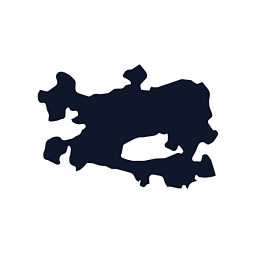 Álava, Equal Earth projection, rotated 336°
{"feature_id": "ESP-5801", "entity_name": "Álava", "entity_type": "Autonomous Community", "adm_level": 1, "iso_a3": "ESP", "parent_name": "Spain", "parent_adm1": "", "projection": "equal_earth", "projection_center": [-2.779, 42.851], "detail": "fine", "context": "isolated", "style": "filled", "palette": "ink", "viewbox_px": 256, "rotation_deg": 336, "n_neighbors": 0, "source": "natural_earth", "source_scale": "10m", "svg_char_len": 4036}
<svg xmlns="http://www.w3.org/2000/svg" viewBox="0 0 256 256"><g transform="rotate(336 128 128)"><path d="M116.0,180.4L115.0,178.7L114.8,175.9L114.8,173.7L114.0,171.1L112.2,169.0L101.1,160.0L96.8,158.1L92.5,152.9L89.8,151.7L86.6,149.5L81.8,145.2L76.4,142.4L71.2,144.8L66.8,146.1L66.1,145.8L64.0,145.8L64.7,144.1L65.2,142.2L64.3,140.6L63.1,139.6L62.1,138.3L61.4,136.9L61.5,135.2L62.1,133.5L63.2,131.4L65.1,129.1L66.9,126.2L68.1,124.0L68.4,121.5L67.8,119.9L66.6,119.1L65.1,119.5L62.7,122.8L61.5,124.0L60.2,124.8L56.9,124.7L55.3,125.0L54.0,125.8L52.8,126.9L52.0,128.3L51.4,129.6L51.5,130.9L51.2,132.0L50.3,132.5L49.1,132.1L47.9,131.2L42.7,124.7L40.3,122.6L39.6,121.3L39.8,119.8L40.4,118.3L41.3,116.8L43.7,114.3L45.7,111.5L46.5,110.0L47.6,108.5L49.2,107.3L55.2,106.6L57.3,107.0L59.0,107.5L60.5,108.3L61.5,109.4L62.3,112.3L63.3,113.4L64.6,114.1L66.2,114.6L69.5,115.1L71.2,115.5L72.8,115.7L74.4,115.7L77.2,115.1L80.8,115.0L82.2,114.7L83.5,113.8L85.7,111.8L87.0,111.8L89.3,111.1L90.2,110.5L90.7,109.5L91.1,108.3L90.8,107.1L90.0,105.7L85.1,104.0L82.9,102.6L81.4,100.9L80.5,99.7L80.5,97.7L82.6,97.8L85.8,97.3L86.9,97.3L87.3,97.2L87.7,96.9L88.4,96.1L89.0,94.7L89.4,92.9L89.0,91.6L87.7,90.2L84.5,89.2L83.3,87.9L83.2,86.6L83.2,85.3L82.4,84.4L81.0,83.8L77.9,85.3L74.7,91.8L72.8,92.5L71.6,92.1L66.6,91.8L61.4,90.4L60.0,89.8L59.2,88.9L59.9,87.5L60.9,86.1L62.0,83.7L62.1,78.4L63.0,74.4L63.2,71.8L62.2,70.2L59.3,69.1L58.3,67.8L58.0,65.8L59.3,62.3L60.2,60.6L63.2,58.3L67.5,61.7L69.6,62.7L79.9,60.6L81.9,59.3L83.0,57.2L83.6,52.5L84.7,50.7L87.4,49.5L89.9,50.2L92.3,52.1L95.7,56.5L98.1,62.4L98.0,64.9L95.0,70.7L94.6,73.6L96.0,76.3L105.0,84.3L110.5,84.0L112.5,84.5L116.2,86.6L124.2,88.9L131.6,87.5L138.5,90.3L140.3,90.1L143.5,88.8L148.2,89.8L148.8,89.8L149.4,89.3L150.0,87.0L149.1,84.4L145.3,79.4L145.1,78.7L145.4,78.1L148.7,75.9L151.2,75.5L155.0,76.8L164.1,75.4L166.5,84.4L166.3,87.2L165.0,89.1L156.9,92.6L155.8,94.0L154.6,98.7L162.0,103.1L162.7,103.1L163.7,102.7L165.6,100.9L166.1,100.7L167.1,101.7L171.5,103.6L196.7,105.9L204.6,110.6L207.7,115.7L209.2,116.8L214.0,117.0L216.4,126.2L216.3,128.2L215.8,130.4L212.3,136.1L210.4,141.1L210.1,144.4L210.0,148.1L209.6,150.0L208.7,151.4L204.0,152.9L202.6,154.9L202.6,156.7L204.1,165.1L205.0,165.7L206.8,166.2L207.3,167.5L207.4,169.5L206.4,170.7L201.3,174.0L199.6,174.7L198.0,175.0L194.9,175.1L193.8,174.2L192.4,171.8L191.6,171.0L190.7,170.5L189.2,170.2L187.7,170.1L186.1,170.7L182.7,173.4L180.5,175.8L177.2,178.4L175.8,179.3L173.4,181.4L173.1,183.1L173.3,184.6L174.2,185.8L175.3,186.6L176.7,186.9L179.3,188.4L180.7,188.8L182.1,188.2L185.5,183.8L186.9,183.9L188.2,184.4L189.1,185.6L189.5,187.1L190.2,191.3L188.7,203.0L188.2,206.4L184.6,205.9L178.6,204.1L173.6,201.3L171.9,197.4L170.4,197.9L169.1,198.8L168.1,200.2L167.3,201.9L167.7,202.4L167.9,202.6L168.1,202.8L168.4,203.4L165.1,203.0L162.4,203.3L160.0,204.5L158.0,206.5L157.7,203.1L156.0,201.8L154.1,202.0L153.2,202.7L152.1,204.0L149.7,202.9L143.7,198.4L142.1,197.5L140.8,197.3L140.2,193.9L140.3,190.6L140.7,189.1L140.6,187.6L140.0,185.8L138.2,184.0L132.4,180.0L130.1,179.4L127.6,180.3L126.3,181.6L125.7,183.2L124.5,186.7L122.2,186.4L120.1,187.4L118.9,187.8L117.6,187.0L116.6,185.7L116.6,184.4L118.6,182.2L119.0,181.0L118.4,179.0L116.0,180.4ZM150.6,145.1L148.5,144.8L138.0,141.8L135.6,140.7L133.7,140.2L129.2,139.8L118.3,140.5L116.5,140.9L115.5,142.0L112.0,147.2L109.6,149.9L109.2,151.4L110.0,153.3L114.2,157.4L118.7,160.7L129.2,165.3L140.8,167.9L149.3,171.4L162.5,171.7L163.6,172.0L164.5,172.4L164.9,173.3L165.6,173.9L167.7,173.6L169.5,172.6L169.9,171.7L169.7,168.9L169.0,167.0L168.8,165.5L168.3,164.3L167.7,163.6L166.6,163.8L165.7,164.4L164.1,166.2L163.1,166.8L162.0,167.2L160.9,167.0L159.9,166.3L158.2,163.9L157.4,163.0L156.5,162.1L155.6,161.2L155.0,160.3L155.1,159.3L155.4,158.4L156.3,157.8L158.4,157.2L159.3,156.6L160.0,155.7L161.6,152.6L161.9,151.6L162.3,150.6L162.6,148.8L162.0,148.1L160.3,148.2L158.8,147.9L157.3,146.9L156.4,146.0L155.7,145.0L154.8,144.4L153.7,144.3L152.3,144.9L150.6,145.1Z" fill="#0f172a" stroke="#020617" stroke-width="1.5"/></g></svg>